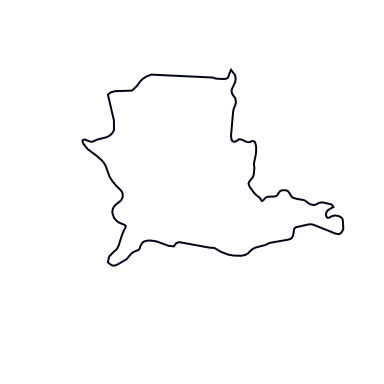 Azuay, Mercator projection, rotated 49°
{"feature_id": "ECU-1266", "entity_name": "Azuay", "entity_type": "Province", "adm_level": 1, "iso_a3": "ECU", "parent_name": "Ecuador", "parent_adm1": "", "projection": "mercator", "projection_center": [-79.036, -3.067], "detail": "fine", "context": "isolated", "style": "outline", "palette": "ink", "viewbox_px": 384, "rotation_deg": 49, "n_neighbors": 0, "source": "natural_earth", "source_scale": "10m", "svg_char_len": 2753}
<svg xmlns="http://www.w3.org/2000/svg" viewBox="0 0 384 384"><g transform="rotate(49 192 192)"><path d="M125.4,82.4L131.9,82.8L134.9,84.5L137.2,87.0L140.6,94.5L142.4,96.5L144.9,97.4L149.8,97.8L153.0,99.9L154.6,101.9L155.5,103.9L156.6,105.9L158.2,108.1L175.3,125.8L178.0,127.6L180.1,128.2L182.1,126.9L182.6,125.5L182.9,123.8L183.0,122.1L184.0,120.9L185.7,119.8L189.5,118.2L191.2,117.0L192.2,115.7L192.6,114.3L193.3,112.9L194.3,112.0L195.6,111.8L197.8,112.7L200.3,114.2L203.2,116.8L205.7,119.4L211.2,126.7L214.6,129.0L218.9,133.4L220.1,135.2L220.9,137.1L221.7,141.9L222.9,144.0L225.8,145.0L232.8,145.7L235.8,145.6L237.8,145.3L239.6,144.9L241.1,144.7L242.8,145.0L244.0,145.3L244.8,145.0L245.0,143.8L244.6,140.7L244.8,139.2L245.6,137.5L249.3,133.0L250.0,131.9L250.4,130.5L250.2,129.1L249.6,127.3L249.1,125.1L249.7,123.3L250.9,121.4L252.5,119.9L254.4,119.0L256.9,119.2L260.8,119.9L262.2,119.7L264.0,118.7L266.6,116.9L270.3,113.8L272.4,112.4L276.7,111.5L279.0,110.7L281.8,108.6L283.0,106.1L283.3,103.8L284.3,101.7L286.2,99.7L293.1,94.8L296.1,95.1L294.9,100.8L295.1,102.7L295.9,104.6L297.3,106.0L299.1,106.8L300.5,106.6L301.3,105.6L301.7,103.5L302.4,101.5L303.6,99.4L305.6,97.7L307.3,96.7L309.2,96.1L310.9,96.1L312.1,96.6L318.1,101.2L319.4,102.5L320.1,104.2L320.6,105.8L320.6,107.4L319.8,109.1L317.7,110.9L296.4,121.8L294.4,123.4L292.8,125.5L286.8,136.7L286.6,138.0L287.1,139.3L288.3,140.9L289.9,142.6L291.3,144.6L292.0,146.4L292.1,148.2L290.9,151.0L281.8,166.0L280.6,169.2L280.2,171.2L275.5,180.8L274.8,183.8L274.8,186.9L275.1,189.8L274.4,193.2L272.5,196.6L267.5,202.1L262.8,205.9L256.2,209.4L249.0,211.8L245.1,215.6L221.5,234.5L220.6,236.4L220.3,237.8L221.2,241.3L217.4,244.9L206.5,250.9L203.2,253.5L200.6,256.0L198.9,258.5L198.0,260.4L197.7,262.1L198.0,263.7L199.0,266.6L199.9,267.7L200.5,268.9L200.6,270.5L199.3,274.2L198.8,276.3L198.7,278.6L199.8,285.4L197.7,296.5L196.9,298.4L195.8,299.9L194.5,300.6L193.2,301.0L189.8,301.6L186.3,296.7L185.8,290.8L185.8,286.4L184.4,282.6L178.6,273.2L176.6,269.2L175.1,265.4L173.9,264.2L172.3,264.6L166.9,267.3L164.0,267.8L160.2,267.8L155.3,265.7L153.1,263.3L151.9,260.8L151.5,256.6L151.8,252.9L151.7,250.8L150.5,247.8L148.4,245.9L146.2,244.8L143.6,244.6L138.3,245.1L131.6,245.0L126.4,244.2L121.5,242.3L115.3,239.9L111.9,239.4L109.3,239.3L102.3,240.2L91.3,242.6L84.6,242.4L82.4,241.6L81.2,240.7L81.6,239.1L82.3,238.3L86.0,236.5L88.0,235.1L89.0,233.4L90.2,229.3L94.4,221.0L95.2,218.5L95.5,215.7L95.1,212.8L94.1,210.3L86.8,204.0L63.4,191.6L63.5,187.9L64.3,186.2L65.6,183.7L76.0,170.9L76.1,169.4L75.8,163.9L74.6,158.7L74.3,155.1L75.0,150.3L76.8,145.6L118.8,101.7L119.7,101.0L120.8,100.4L122.0,99.6L123.6,98.1L127.8,93.6L129.0,91.8L129.3,89.6L127.8,87.3L125.4,82.4Z" fill="none" stroke="#020617" stroke-width="2"/></g></svg>